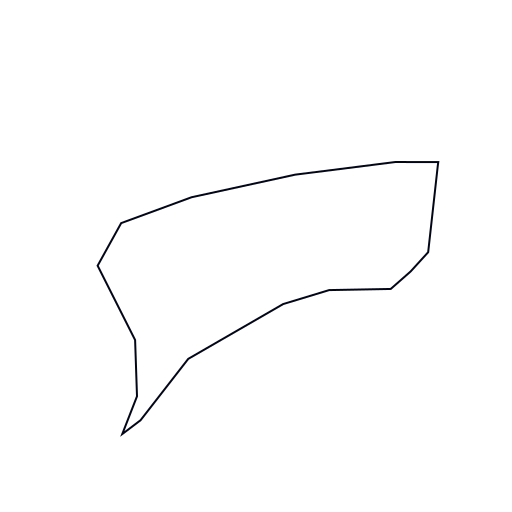 an SVG outline of Hodoš, rotated 240°
{"feature_id": "SVN-201", "entity_name": "Hodoš", "entity_type": "Municipality", "adm_level": 1, "iso_a3": "SVN", "parent_name": "Slovenia", "parent_adm1": "", "projection": "orthographic", "projection_center": [16.307, 46.822], "detail": "fine", "context": "isolated", "style": "outline", "palette": "ink", "viewbox_px": 512, "rotation_deg": 240, "n_neighbors": 0, "source": "natural_earth", "source_scale": "10m", "svg_char_len": 389}
<svg xmlns="http://www.w3.org/2000/svg" viewBox="0 0 512 512"><g transform="rotate(240 256 256)"><path d="M168.7,51.2L194.0,82.8L243.7,109.3L326.8,114.0L351.9,155.7L339.1,229.6L306.9,330.5L267.7,423.7L246.2,460.8L243.2,458.5L173.2,407.0L165.3,382.2L160.1,356.2L189.9,302.3L200.8,255.5L200.8,145.9L171.5,73.9L168.9,53.1L168.7,51.2Z" fill="none" stroke="#020617" stroke-width="2"/></g></svg>